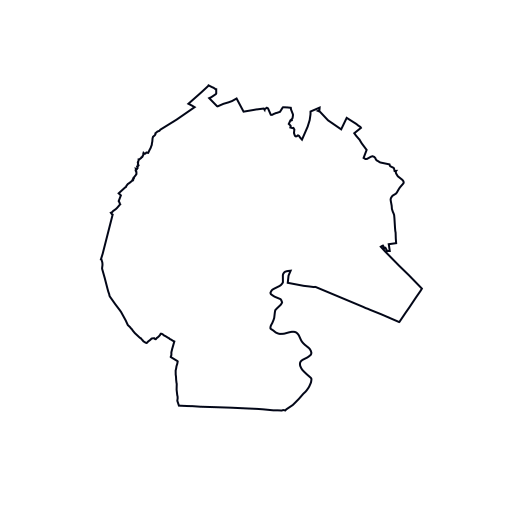 Liteni, Suceava, Romania, rotated 37°
{"feature_id": "2599482B47011516747302", "entity_name": "Liteni", "entity_type": "district", "adm_level": 2, "iso_a3": "ROU", "parent_name": "Romania", "parent_adm1": "Suceava", "projection": "mercator", "projection_center": [26.537, 47.51], "detail": "fine", "context": "isolated", "style": "outline", "palette": "ink", "viewbox_px": 512, "rotation_deg": 37, "n_neighbors": 0, "source": "geoboundaries", "source_scale": "gbopen_adm2", "svg_char_len": 6084}
<svg xmlns="http://www.w3.org/2000/svg" viewBox="0 0 512 512"><g transform="rotate(37 256 256)"><path d="M134.1,351.8L134.4,351.6L135.6,352.5L137.1,353.6L138.3,354.9L139.0,355.9L140.2,358.0L140.6,358.6L140.9,358.9L148.4,364.6L157.2,371.6L159.4,373.3L161.8,374.9L162.9,375.9L163.6,376.3L172.6,379.2L179.7,381.2L181.9,381.9L191.0,386.0L191.5,386.3L195.2,388.3L198.1,388.6L200.0,389.1L201.1,389.2L202.3,389.7L205.7,390.5L212.5,391.2L213.8,391.0L214.9,391.4L216.6,391.6L216.9,391.8L217.4,391.9L219.8,391.7L220.9,391.4L221.1,391.1L221.2,390.6L221.3,389.2L222.0,386.8L222.3,384.8L222.6,384.4L224.2,382.9L225.4,383.1L226.0,382.8L226.1,382.2L226.1,381.0L226.4,380.5L226.8,378.5L226.9,376.9L226.7,375.7L226.7,375.4L227.0,375.2L227.5,374.9L228.5,374.7L230.6,374.8L231.8,374.5L235.2,374.2L236.0,374.0L237.0,374.2L238.9,373.8L240.2,373.8L242.2,373.4L245.0,380.7L246.4,383.9L248.0,386.0L248.4,387.2L248.6,387.9L248.7,388.0L256.6,387.2L256.9,387.3L258.0,389.5L258.8,391.8L259.9,393.9L260.8,395.9L263.2,399.0L264.8,400.6L266.7,402.9L268.7,405.0L269.7,405.9L273.0,410.5L276.8,414.5L277.9,415.4L279.0,416.7L280.3,419.0L284.5,421.9L292.1,416.7L295.7,414.1L302.2,409.9L314.5,401.2L327.3,392.2L340.8,383.0L349.1,377.3L353.9,374.2L362.6,368.9L367.2,365.5L369.5,364.0L370.4,362.7L371.4,362.1L372.3,361.8L372.5,360.2L374.8,353.6L375.1,352.6L376.2,344.6L376.7,337.5L377.2,334.7L377.3,333.2L377.3,331.8L377.2,329.3L377.0,328.0L376.3,325.0L376.0,323.9L375.3,322.5L374.6,321.3L374.2,320.8L373.7,320.5L373.0,320.3L367.6,319.9L364.2,319.5L361.7,319.1L360.5,318.7L359.7,318.4L357.5,317.2L356.7,316.5L356.2,315.9L355.7,315.2L355.4,314.5L355.2,313.5L355.3,312.3L355.6,311.3L355.9,310.5L358.0,306.3L358.6,304.6L359.1,302.5L359.2,301.9L359.1,301.4L359.0,301.0L358.5,300.0L357.1,298.9L355.2,298.0L353.8,297.7L348.3,297.5L346.0,297.2L344.0,296.7L342.4,296.0L338.0,293.6L336.7,293.2L335.8,293.0L334.7,292.9L333.5,293.0L331.9,293.7L330.1,295.1L328.4,297.0L325.4,300.9L324.9,301.4L323.8,302.4L321.9,303.9L320.6,304.5L318.4,305.1L317.5,305.2L314.4,305.1L311.9,305.3L311.2,305.2L310.4,304.2L309.9,303.0L309.7,302.3L309.3,299.6L308.5,296.5L307.8,294.5L305.0,289.7L304.0,287.7L304.2,285.5L305.1,280.1L305.0,278.3L304.8,277.7L304.7,277.3L302.8,276.1L301.6,275.7L295.7,277.2L294.4,277.4L292.1,277.5L290.9,277.5L290.3,277.2L289.7,276.7L289.3,274.9L289.3,274.2L289.3,273.4L289.5,272.7L290.2,271.1L292.9,265.7L293.4,264.0L293.5,262.3L293.4,261.0L293.1,260.5L289.1,255.3L288.7,254.5L288.5,253.8L288.4,252.6L288.5,251.8L288.7,251.1L289.6,249.8L290.7,248.6L292.5,246.9L293.8,252.1L297.5,258.3L312.1,251.1L317.0,248.2L320.9,246.0L321.8,245.1L322.5,244.8L372.4,232.1L374.9,231.6L377.0,230.9L379.6,230.3L391.0,227.2L410.1,222.6L410.2,222.4L409.6,210.9L409.4,204.9L408.7,192.8L408.4,185.0L408.2,182.9L408.1,182.2L389.4,179.3L375.8,177.6L356.5,174.7L350.1,173.5L350.6,172.2L351.1,171.3L354.1,172.5L354.5,171.6L357.8,173.1L359.8,171.5L356.3,168.0L354.9,166.7L360.2,161.4L357.2,158.0L353.5,153.4L352.1,152.1L350.2,150.0L343.7,142.4L341.7,140.2L340.4,139.3L338.6,138.3L336.2,136.6L334.1,134.2L330.7,131.1L329.8,130.2L329.4,129.7L328.9,128.5L328.8,127.4L328.7,126.6L328.9,125.3L330.2,122.1L330.3,120.6L329.9,117.6L329.7,115.5L329.7,114.0L330.0,109.7L329.9,108.7L329.3,108.0L328.3,107.4L326.9,107.1L322.2,107.0L321.4,107.0L320.5,106.7L318.3,105.8L317.4,105.2L316.9,104.5L316.7,104.2L316.7,103.7L315.5,104.7L313.6,103.1L312.9,102.8L309.2,103.5L308.6,103.3L307.5,102.5L299.2,106.4L298.2,106.7L296.9,106.7L295.1,107.0L293.7,106.8L292.4,106.0L290.8,105.7L289.0,106.2L288.0,107.6L286.2,111.7L285.0,112.7L282.9,112.9L280.5,104.7L272.6,102.4L269.1,101.0L268.6,100.7L268.1,100.7L263.5,99.7L260.6,98.8L262.7,90.5L261.7,90.1L258.9,90.3L257.9,90.2L256.4,90.2L245.3,91.1L247.8,103.6L231.9,104.3L220.3,102.3L218.2,102.8L218.9,101.4L217.5,99.2L212.6,107.8L214.3,110.1L217.1,115.2L219.4,121.6L222.7,135.4L220.1,134.9L218.0,134.2L216.9,134.4L216.5,135.8L215.9,136.5L214.9,136.6L213.8,136.0L212.3,134.9L210.5,131.9L208.8,131.2L208.2,131.9L206.1,132.7L205.5,131.3L204.6,131.0L202.7,130.8L201.9,127.1L202.8,126.4L202.9,126.1L202.5,125.9L202.1,125.8L202.3,124.7L202.2,124.0L201.9,123.3L200.8,121.3L200.3,120.7L195.8,117.9L194.6,116.7L191.6,118.5L188.1,120.9L188.0,121.2L188.0,121.7L188.4,126.4L186.5,129.2L186.0,129.7L184.7,131.9L184.0,133.4L183.7,133.8L182.8,134.3L176.8,130.9L175.4,131.1L174.7,133.2L174.7,133.7L174.9,134.1L173.4,133.6L168.7,138.2L168.2,138.6L166.1,140.9L159.2,148.2L145.7,141.9L143.6,146.7L141.6,149.8L138.4,154.1L135.3,159.6L134.7,159.8L123.6,158.1L123.9,157.5L124.3,157.0L125.0,155.3L126.5,150.9L126.4,150.1L123.9,146.8L123.5,147.1L123.2,147.2L122.8,147.1L120.7,147.2L119.8,147.5L115.4,148.3L115.5,149.0L113.9,157.9L110.4,175.1L114.5,174.4L117.4,174.1L110.5,194.9L103.6,212.6L103.5,214.2L102.4,215.9L101.8,218.6L102.2,219.0L102.4,219.3L102.5,220.1L102.5,220.6L102.0,222.7L102.6,224.3L103.6,225.9L104.3,227.0L105.1,228.7L105.9,230.0L106.3,231.5L106.8,233.0L107.2,235.5L107.8,238.4L107.8,238.6L107.1,238.9L106.7,239.0L106.2,239.3L106.1,240.4L105.9,241.0L105.7,241.2L105.5,241.4L105.2,241.4L104.1,241.3L104.4,242.1L105.1,242.8L105.1,243.3L105.4,244.1L105.3,244.6L105.6,245.4L105.4,245.8L105.1,246.1L105.1,246.3L105.3,246.8L104.8,248.5L104.7,248.8L104.1,249.5L104.6,250.0L104.9,250.7L104.9,251.1L105.2,252.2L105.3,252.4L105.8,252.5L106.0,252.9L106.4,253.8L106.6,253.9L107.4,254.1L107.7,254.3L107.7,254.5L107.6,255.2L107.5,255.5L107.1,255.9L107.1,256.0L107.9,256.4L108.5,257.0L108.3,257.5L108.6,258.3L108.5,258.5L107.6,258.7L108.5,259.4L108.3,260.0L109.1,260.6L109.9,260.8L110.1,261.0L110.3,261.5L110.9,262.1L111.2,262.5L111.2,263.1L111.3,264.0L111.2,266.0L111.3,266.6L111.1,267.1L111.8,267.6L111.8,268.0L111.4,268.5L111.5,269.2L112.2,269.5L112.2,269.8L111.8,270.1L111.7,270.9L111.2,272.9L111.1,273.2L111.1,273.5L110.9,273.8L110.8,274.4L110.3,275.7L110.3,277.5L110.3,278.1L110.6,279.1L110.5,279.3L110.2,280.1L108.6,288.6L111.6,288.9L113.3,294.8L114.9,295.5L116.2,296.5L116.4,296.5L116.1,301.3L115.8,303.0L114.8,306.1L114.7,307.7L114.1,308.8L115.7,309.3L116.6,309.2L132.2,346.5L134.1,351.8Z" fill="none" stroke="#020617" stroke-width="2"/></g></svg>